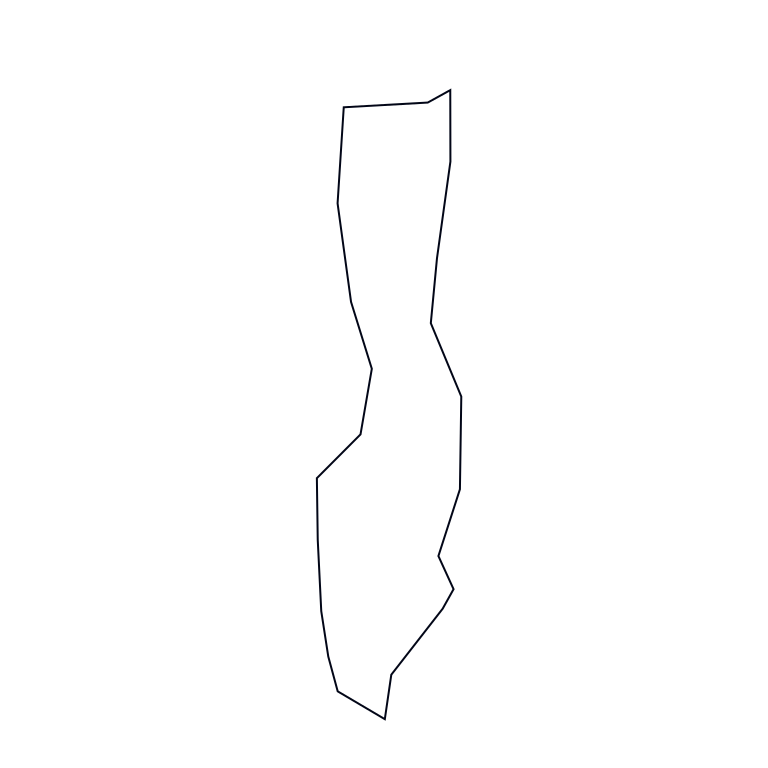 an SVG outline of Butambala, rotated 124°
{"feature_id": "UGA-5599", "entity_name": "Butambala", "entity_type": "District", "adm_level": 1, "iso_a3": "UGA", "parent_name": "Uganda", "parent_adm1": "", "projection": "natural_earth1", "projection_center": [32.064, 0.13], "detail": "fine", "context": "isolated", "style": "outline", "palette": "ink", "viewbox_px": 768, "rotation_deg": 124, "n_neighbors": 0, "source": "natural_earth", "source_scale": "10m", "svg_char_len": 442}
<svg xmlns="http://www.w3.org/2000/svg" viewBox="0 0 768 768"><g transform="rotate(124 384 384)"><path d="M620.9,215.4L661.4,195.9L664.7,250.5L641.1,277.8L607.4,309.0L550.1,351.9L499.6,387.0L438.9,375.3L378.2,402.6L334.4,457.2L260.2,523.5L177.1,572.1L126.2,505.1L103.3,493.4L162.5,453.3L250.1,410.4L307.4,379.2L351.2,312.9L428.8,262.2L496.2,242.7L515.2,211.6L537.5,209.7L620.9,215.4Z" fill="none" stroke="#020617" stroke-width="2"/></g></svg>